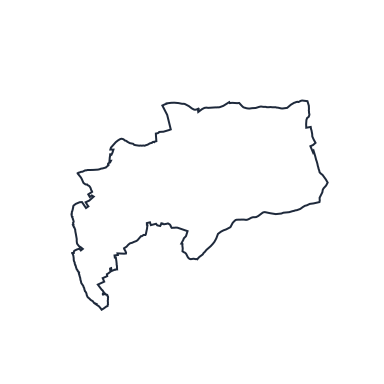 outline of Borsa, Cluj, Romania, rotated 322°
{"feature_id": "2599482B57968655519822", "entity_name": "Borsa", "entity_type": "district", "adm_level": 2, "iso_a3": "ROU", "parent_name": "Romania", "parent_adm1": "Cluj", "projection": "mercator", "projection_center": [23.623, 46.919], "detail": "fine", "context": "isolated", "style": "outline", "palette": "slate", "viewbox_px": 384, "rotation_deg": 322, "n_neighbors": 0, "source": "geoboundaries", "source_scale": "gbopen_adm2", "svg_char_len": 5955}
<svg xmlns="http://www.w3.org/2000/svg" viewBox="0 0 384 384"><g transform="rotate(322 192 192)"><path d="M304.7,268.1L305.2,264.4L305.4,258.9L304.8,256.6L304.7,255.0L305.5,253.3L306.1,251.4L306.4,251.0L307.2,248.9L308.2,246.9L309.1,244.7L309.7,242.9L311.2,239.5L313.3,234.1L312.5,234.2L311.9,234.7L313.5,228.8L316.3,229.5L319.6,229.3L320.2,225.5L321.0,222.3L322.4,220.3L324.1,217.0L324.6,215.6L325.6,213.8L321.6,211.7L323.7,208.8L326.5,205.7L328.2,204.6L330.3,204.6L332.1,203.4L332.7,202.3L332.9,201.7L333.5,201.0L334.3,199.6L335.2,198.7L337.2,195.9L338.9,191.5L335.1,187.7L333.7,187.1L331.4,186.7L331.1,186.5L330.6,185.8L329.6,185.3L328.4,185.0L327.5,184.6L323.7,184.1L318.8,184.3L314.7,181.9L313.7,181.0L311.7,178.5L310.6,177.5L310.1,176.7L307.7,174.9L306.2,173.4L304.8,172.5L303.2,171.3L302.6,170.4L300.5,168.7L299.0,167.1L297.4,166.3L293.9,165.0L290.9,162.9L288.6,161.6L287.5,160.6L286.3,159.3L285.9,158.6L285.2,157.8L284.6,156.7L284.3,154.8L284.0,150.9L282.4,149.9L278.6,146.5L276.5,145.2L276.7,144.1L269.7,143.4L266.0,142.2L265.3,141.8L261.9,139.3L256.6,135.7L255.2,134.3L253.6,133.4L251.1,132.9L246.2,132.8L247.2,131.1L248.2,130.7L249.2,130.5L246.2,129.7L245.1,129.1L244.4,128.4L243.4,126.2L242.4,122.4L240.6,118.4L240.0,117.6L238.3,116.2L236.2,113.7L233.1,110.8L230.5,108.9L226.5,106.5L226.3,106.8L224.5,106.2L221.9,105.6L219.9,116.0L213.8,129.6L211.9,129.0L206.6,126.9L203.6,124.8L203.0,124.5L202.4,124.7L201.3,124.6L199.5,123.7L198.7,124.8L195.2,130.0L193.2,129.2L192.9,129.4L192.3,128.6L191.4,128.4L190.7,128.6L188.7,127.7L186.2,127.4L184.1,126.6L183.2,126.4L182.4,125.5L180.8,124.5L179.8,123.5L179.0,123.1L176.6,120.6L175.5,119.3L175.4,119.0L175.4,118.3L175.3,117.8L173.0,115.1L172.4,113.5L171.9,112.6L171.9,111.8L171.4,110.8L170.8,110.1L170.6,108.8L170.2,107.8L169.2,106.6L168.0,106.1L165.6,105.8L162.6,105.8L155.5,107.1L153.8,108.3L156.2,110.2L153.6,112.0L151.6,113.0L151.1,112.3L150.9,112.7L150.5,113.0L150.3,113.0L150.1,112.6L149.1,113.7L148.8,113.8L146.1,116.7L147.3,117.5L145.6,118.3L144.1,117.9L143.2,118.1L142.9,118.4L142.9,119.3L142.2,119.3L141.5,119.6L140.1,119.5L139.3,119.7L136.1,118.4L134.7,117.6L133.0,117.1L131.6,116.4L127.2,113.4L123.3,110.4L121.7,109.7L121.2,109.2L118.2,108.6L117.0,107.8L115.5,107.4L114.4,106.9L113.4,106.8L113.3,107.1L113.4,112.2L113.1,114.0L112.2,117.5L112.1,118.1L112.6,120.0L113.1,120.9L114.0,121.5L114.0,122.4L114.7,124.0L114.7,125.2L114.5,126.5L113.8,128.3L113.6,129.9L113.4,130.4L108.8,130.0L108.4,133.0L110.9,133.0L111.7,135.1L105.7,135.5L101.9,134.6L101.5,138.1L101.5,139.5L98.6,139.4L99.1,132.2L97.2,130.9L93.1,129.8L90.6,129.8L90.2,129.8L89.0,130.7L88.8,131.1L88.0,131.6L87.8,131.9L85.8,133.4L85.1,133.7L83.9,135.1L83.4,135.2L83.3,135.8L82.9,136.1L82.3,137.3L82.5,137.9L82.0,138.2L81.8,139.5L81.4,140.0L81.2,141.0L80.5,142.5L79.9,142.9L79.2,143.1L78.5,144.8L77.9,144.6L77.3,147.0L77.5,147.2L76.7,149.9L76.1,150.7L75.5,151.8L74.5,153.8L72.2,158.1L71.0,159.6L69.9,161.4L69.6,162.4L69.6,165.2L70.3,167.0L70.9,169.6L68.4,169.6L68.4,167.2L68.0,167.2L65.8,166.4L63.3,165.9L62.7,166.0L62.4,166.1L61.3,167.3L60.0,166.3L59.9,166.4L59.9,167.3L59.3,169.1L58.1,171.2L57.0,172.7L56.5,173.7L56.1,175.4L55.5,176.2L55.2,177.2L55.2,177.6L54.9,177.9L54.8,179.0L54.4,179.5L54.0,180.7L53.5,182.1L53.7,182.6L53.3,184.0L53.5,184.5L53.3,185.2L53.5,185.8L52.9,186.1L52.9,186.5L52.5,187.1L52.2,187.6L52.2,188.2L51.8,188.7L51.0,190.9L50.0,192.6L49.6,193.8L48.8,195.4L48.7,195.7L48.5,199.0L48.0,200.3L47.9,201.3L47.1,202.8L46.9,203.7L46.6,204.2L46.7,205.0L46.6,206.1L46.1,207.5L45.6,208.4L45.1,210.3L45.1,210.9L45.5,212.7L45.7,214.7L46.6,217.0L46.5,218.9L47.5,220.9L47.0,220.8L48.3,224.8L48.4,227.9L48.3,229.1L50.5,229.4L53.9,229.5L55.2,229.9L55.8,229.3L56.7,228.8L56.8,228.4L58.0,227.0L58.5,226.0L59.7,224.9L60.3,224.0L61.0,223.4L61.4,222.7L61.3,222.2L61.8,221.3L61.8,220.8L61.7,220.6L61.2,220.3L61.1,220.2L61.1,219.1L61.0,218.7L60.4,218.8L59.7,218.4L58.7,218.1L58.7,217.8L59.2,217.2L60.5,217.2L60.8,216.9L60.7,216.0L60.9,215.2L60.9,214.1L60.7,213.7L60.7,211.8L60.8,207.0L67.6,208.6L68.6,204.9L73.4,206.1L74.3,204.4L75.9,204.6L78.9,204.6L79.6,202.9L80.1,202.2L80.6,202.5L80.8,202.0L81.4,202.2L80.5,203.7L80.1,204.8L83.4,205.7L83.4,205.9L84.1,206.3L84.6,206.3L84.9,206.5L85.4,206.4L85.5,206.6L87.5,203.8L87.8,202.9L88.3,202.4L89.8,200.0L91.6,196.8L90.8,196.2L91.9,194.3L94.8,196.0L95.5,194.5L100.5,198.8L102.1,199.8L102.7,199.2L102.9,198.5L103.2,197.3L103.3,196.5L103.5,195.1L103.7,194.8L103.8,194.5L106.8,194.8L109.4,194.3L111.6,194.3L113.7,195.2L115.2,195.5L118.1,196.4L119.6,196.4L124.6,195.4L125.2,195.9L126.2,196.0L127.4,196.0L128.8,197.2L129.1,197.0L129.7,196.8L134.3,192.9L135.1,192.0L136.3,191.0L136.5,190.6L136.2,190.2L137.3,188.7L140.2,190.0L139.2,192.8L144.1,194.9L144.1,196.9L146.0,199.2L147.0,198.8L148.6,197.8L149.2,198.5L148.9,198.7L149.0,198.9L150.1,200.2L152.7,201.6L153.4,201.8L153.8,202.1L154.5,204.0L154.5,204.8L154.3,205.8L154.1,206.0L153.9,207.7L156.4,209.5L157.4,210.1L158.6,211.2L164.4,220.1L160.8,222.6L160.0,223.1L157.0,223.5L155.8,224.3L151.8,226.1L152.4,226.7L152.5,227.1L151.4,228.3L150.0,230.7L148.0,232.9L148.6,234.6L149.1,235.5L149.3,236.6L149.3,237.2L148.6,240.7L148.6,242.1L149.0,243.3L149.7,244.2L152.1,245.5L153.7,247.3L154.6,247.8L154.8,248.3L155.9,248.0L157.8,247.7L162.0,247.8L163.6,247.2L165.2,247.1L167.7,246.5L173.4,246.2L176.4,245.7L178.9,245.1L180.8,244.3L182.6,243.5L186.7,241.0L190.5,241.1L193.2,241.6L195.9,242.5L200.3,243.3L200.8,243.3L205.0,241.4L206.7,241.1L209.0,240.9L210.2,241.4L215.7,245.5L217.5,247.3L218.6,247.9L220.0,248.3L223.0,248.8L224.5,249.4L226.8,251.1L227.3,251.3L229.4,251.7L234.9,251.8L235.5,251.9L236.6,252.4L237.3,253.0L240.6,256.9L244.4,261.0L249.2,264.0L251.3,264.6L256.1,267.7L259.2,268.9L261.1,269.8L261.9,270.0L263.5,270.9L266.9,272.0L270.1,272.1L272.5,272.4L274.3,273.2L277.5,273.9L280.7,275.8L286.2,278.4L287.3,277.5L289.0,275.1L294.5,272.5L296.5,270.7L298.0,270.1L301.6,269.5L304.7,268.1Z" fill="none" stroke="#1e293b" stroke-width="2"/></g></svg>